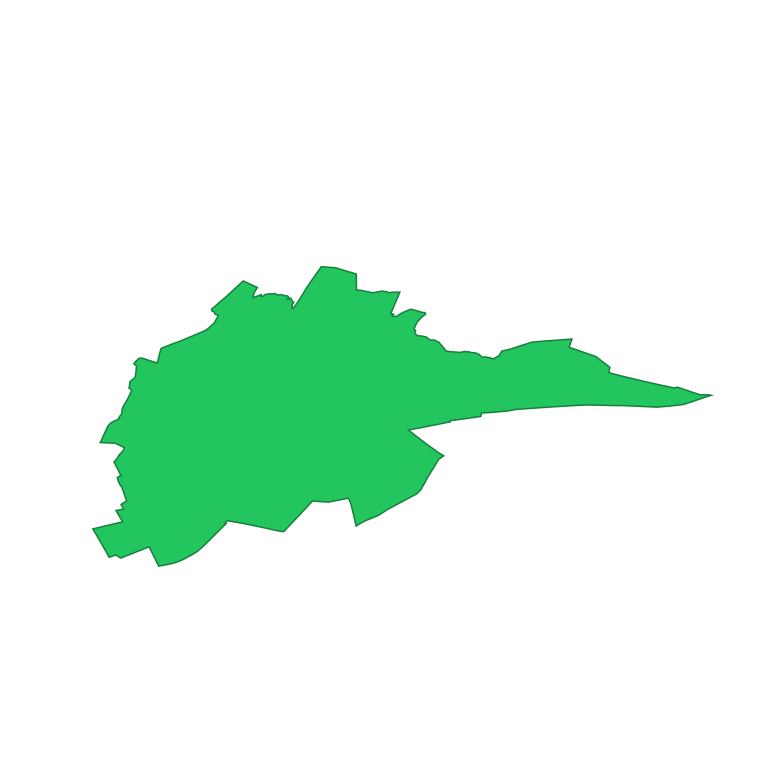 Gulbene, Gulbene, Latvia (Equal Earth projection), rotated 167°
{"feature_id": "27541924B45220335031479", "entity_name": "Gulbene", "entity_type": "district", "adm_level": 2, "iso_a3": "LVA", "parent_name": "Latvia", "parent_adm1": "Gulbene", "projection": "equal_earth", "projection_center": [26.756, 57.173], "detail": "fine", "context": "isolated", "style": "filled", "palette": "green", "viewbox_px": 768, "rotation_deg": 167, "n_neighbors": 0, "source": "geoboundaries", "source_scale": "gbopen_adm2", "svg_char_len": 5595}
<svg xmlns="http://www.w3.org/2000/svg" viewBox="0 0 768 768"><g transform="rotate(167 384 384)"><path d="M651.3,409.5L651.3,409.1L653.4,409.0L656.1,408.3L658.5,407.7L659.1,407.5L662.3,405.3L666.3,400.3L669.7,395.9L672.6,392.0L673.7,390.8L659.3,386.8L651.3,380.4L652.3,378.5L658.7,373.9L660.6,371.7L664.6,368.7L662.5,360.6L661.2,355.1L660.9,353.9L661.9,353.9L661.9,353.7L664.1,353.2L664.7,352.7L664.9,352.7L665.0,351.9L664.9,351.0L664.8,350.3L664.7,349.5L664.5,348.0L664.2,346.2L664.0,345.4L663.6,344.5L663.3,343.7L662.9,342.8L662.5,340.3L662.0,336.8L661.8,334.9L661.2,327.9L667.3,325.8L665.9,320.7L673.6,321.0L669.7,308.5L700.3,308.3L695.4,292.7L691.5,279.4L690.8,276.9L684.3,277.7L683.9,277.9L679.7,273.6L667.1,275.5L649.5,278.2L648.4,273.6L647.0,267.7L645.8,262.9L645.7,262.3L644.5,257.2L640.2,257.0L634.4,256.8L630.2,256.7L625.7,257.1L625.1,257.2L619.5,258.1L607.6,261.4L603.4,262.9L596.3,266.7L588.0,271.9L569.4,283.4L570.3,283.9L567.6,286.1L553.2,280.1L552.6,279.8L545.3,276.5L539.6,273.8L538.6,273.4L535.6,272.0L531.9,270.3L528.4,268.6L526.5,267.7L517.7,263.6L516.9,263.2L515.6,262.9L515.1,262.8L514.8,262.9L514.5,263.0L508.9,266.7L495.9,275.3L489.8,279.4L480.1,286.0L464.6,281.4L458.7,281.2L454.0,281.1L444.2,280.8L443.2,274.1L443.1,263.7L443.1,253.3L443.1,251.9L438.0,253.6L433.1,254.9L418.8,257.3L408.3,261.1L403.4,262.4L389.7,266.1L376.5,269.7L372.2,272.4L366.0,279.1L363.9,281.6L362.9,282.7L358.9,286.8L356.5,289.2L347.6,298.3L345.6,299.1L344.5,299.6L342.0,300.6L344.8,303.4L346.4,304.9L350.1,309.2L353.0,312.3L356.6,316.6L357.9,318.2L360.9,321.8L361.0,322.0L364.4,326.0L367.1,329.4L370.7,333.7L353.3,333.0L347.7,332.8L347.3,332.8L328.1,332.2L327.9,333.3L296.9,330.6L295.5,333.8L286.1,332.2L269.9,329.9L260.9,329.5L228.6,324.4L201.1,319.8L189.1,317.5L165.0,311.3L155.2,309.0L123.1,300.0L109.9,298.1L96.8,296.7L89.1,297.3L78.2,298.5L67.7,299.4L69.1,300.1L78.7,302.5L83.0,305.2L83.2,305.3L86.4,307.2L89.3,309.0L93.9,311.9L98.8,314.9L102.1,314.8L111.4,319.2L112.2,319.5L129.9,328.0L152.8,339.4L162.5,344.6L160.1,349.4L171.4,363.1L195.4,378.2L190.7,385.5L212.1,388.8L218.3,389.8L230.3,391.5L234.1,391.2L240.4,390.7L246.2,390.2L253.9,389.5L261.4,389.6L261.9,389.4L262.5,388.9L265.3,386.0L266.4,385.4L269.7,384.6L271.0,383.9L271.6,384.0L273.8,384.9L274.7,385.6L278.9,387.4L279.6,387.8L281.7,387.8L282.6,388.3L283.5,389.8L285.2,392.0L288.2,393.9L289.4,394.2L292.7,395.4L294.4,396.5L295.9,396.6L297.1,397.3L298.5,397.6L300.9,397.7L302.5,397.6L310.8,400.2L312.1,400.6L313.0,400.9L314.2,401.5L315.3,401.9L316.5,402.8L317.1,404.4L317.7,405.9L319.0,408.4L319.8,409.7L321.2,412.5L322.9,413.5L323.3,414.1L323.8,414.6L324.9,415.4L325.4,415.7L325.9,415.8L326.6,415.9L327.4,415.9L328.0,416.0L329.8,417.2L330.5,417.7L331.1,418.9L332.1,420.2L332.4,420.4L336.3,422.2L338.7,423.0L339.9,423.4L340.4,423.6L341.1,424.3L341.6,425.1L341.8,425.5L342.3,426.4L342.4,427.2L342.3,427.4L341.7,428.2L341.2,428.9L341.3,429.3L341.8,429.7L342.1,430.0L342.2,431.0L341.5,432.0L340.4,433.6L338.7,435.7L337.3,437.3L336.2,437.9L334.0,439.4L332.0,440.8L329.2,442.0L328.0,442.7L327.8,443.1L327.6,443.4L327.7,443.7L328.6,444.7L330.4,445.1L331.4,445.6L333.7,447.0L337.5,449.0L340.9,450.8L344.0,450.4L349.6,449.4L352.5,448.6L356.7,447.1L357.8,447.2L359.1,447.9L360.0,447.9L360.6,448.2L359.0,449.9L361.7,450.9L354.8,460.4L347.9,469.9L350.7,470.6L353.7,471.2L355.1,471.5L356.1,471.6L357.9,471.7L359.1,472.3L360.5,473.1L361.4,473.5L363.0,474.2L365.1,475.0L371.1,475.3L374.3,475.4L375.8,476.0L382.1,478.9L384.9,480.2L386.2,480.8L389.7,481.6L387.0,493.9L386.3,497.5L393.5,501.5L400.7,505.6L401.5,506.0L404.4,507.9L405.3,508.3L412.0,510.3L418.7,512.4L419.6,511.6L424.9,506.9L430.2,502.1L437.3,495.7L443.2,489.6L449.2,483.6L455.5,478.0L455.6,478.4L456.5,478.7L456.1,480.0L455.8,480.8L455.4,482.6L453.6,483.5L455.0,486.4L455.5,488.6L456.3,488.8L457.5,488.2L458.4,488.0L459.0,488.2L458.7,488.9L457.6,489.8L457.4,490.6L458.2,491.4L459.1,491.9L460.1,492.1L461.1,492.4L461.8,492.9L462.7,493.8L464.5,494.3L465.7,494.3L467.2,494.6L468.7,495.3L469.1,496.3L469.4,496.4L470.3,496.6L471.7,496.7L474.2,497.3L476.4,497.8L479.7,498.0L482.3,496.7L483.5,496.7L484.0,496.9L483.6,498.7L484.7,498.6L488.5,498.0L489.6,497.8L491.9,497.7L491.7,498.7L491.3,499.8L489.3,502.9L485.6,506.5L492.2,511.6L498.0,516.1L498.2,515.9L503.1,513.2L505.9,511.6L513.4,507.3L517.2,505.1L524.4,501.4L534.8,495.8L535.2,495.6L535.3,494.2L535.2,493.8L534.9,493.5L534.5,493.2L533.9,492.9L533.5,492.5L533.2,492.1L533.3,491.9L533.2,491.2L533.1,490.2L532.8,489.9L532.0,489.4L531.4,489.1L531.1,488.9L530.1,487.9L530.9,487.0L531.6,486.2L534.2,483.3L534.6,483.1L535.5,481.7L540.6,479.0L542.4,477.9L545.7,476.5L549.0,475.8L554.3,474.8L560.9,473.7L567.4,472.6L570.3,472.0L575.4,471.3L580.6,470.8L586.0,469.9L592.6,469.0L593.4,468.5L595.5,464.6L596.9,462.0L600.0,455.5L601.2,456.1L603.2,457.2L605.4,458.5L607.9,460.0L611.7,462.4L613.3,463.3L615.1,463.9L615.8,464.2L617.2,463.9L618.4,463.3L618.7,463.0L619.1,462.8L619.7,462.5L620.1,462.2L620.5,462.1L621.4,461.4L621.4,461.2L621.6,461.1L622.3,460.9L622.5,460.7L622.8,460.2L623.1,460.0L623.1,459.7L622.8,459.2L622.2,458.7L621.8,458.1L621.4,457.8L621.0,457.3L621.8,455.4L622.5,453.0L622.7,452.1L623.7,449.8L624.8,446.7L625.3,446.2L630.4,443.8L631.0,443.6L631.2,443.3L631.4,442.5L632.2,440.4L632.4,439.4L633.3,437.8L633.4,437.5L633.1,437.1L632.7,436.6L631.4,434.8L631.4,434.3L632.6,432.8L638.1,426.0L640.5,423.6L642.3,421.7L643.1,420.7L645.2,417.8L645.2,416.6L646.2,414.2L646.4,413.9L649.3,411.5L649.7,411.0L649.7,410.9L649.7,410.3L649.7,410.2L649.7,409.6L650.5,409.6L651.3,409.5Z" fill="#22c55e" stroke="#15803d" stroke-width="1.5"/></g></svg>